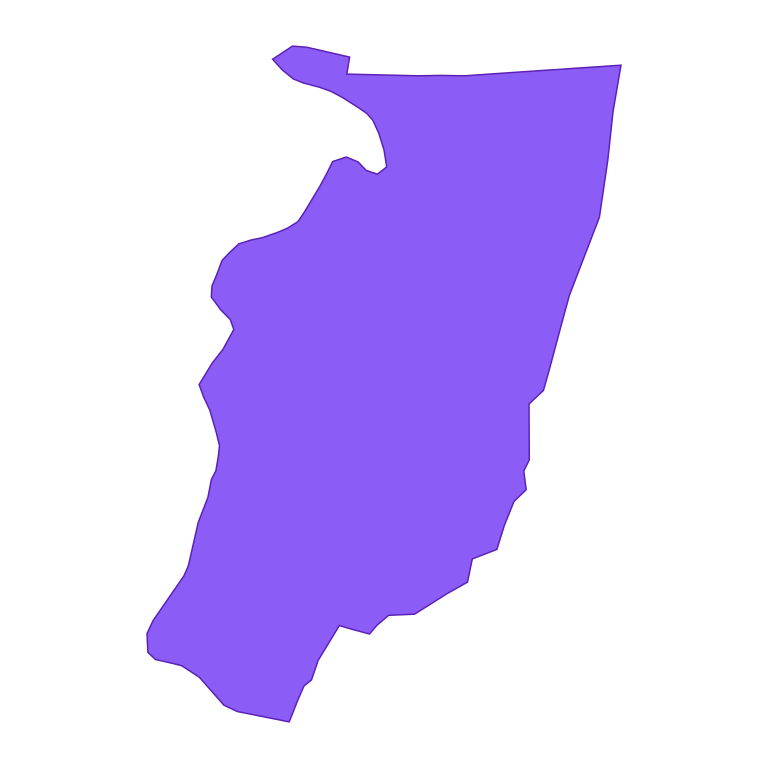 Estrela, Rio Grande do Sul, Brazil (Robinson projection)
{"feature_id": "56859067B89711005984674", "entity_name": "Estrela", "entity_type": "district", "adm_level": 2, "iso_a3": "BRA", "parent_name": "Brazil", "parent_adm1": "Rio Grande do Sul", "projection": "robinson", "projection_center": [-51.937, -29.513], "detail": "fine", "context": "isolated", "style": "filled", "palette": "violet", "viewbox_px": 768, "rotation_deg": 0, "n_neighbors": 0, "source": "geoboundaries", "source_scale": "gbopen_adm2", "svg_char_len": 1279}
<svg xmlns="http://www.w3.org/2000/svg" viewBox="0 0 768 768"><path d="M272.6,59.2L282.1,69.8L293.4,79.0L303.7,83.1L318.7,87.0L330.9,91.3L342.1,97.3L357.1,106.8L366.6,113.3L372.8,120.2L378.8,133.3L384.0,149.9L386.7,166.9L377.4,174.2L366.2,170.4L358.2,162.0L346.3,157.0L332.7,161.5L326.7,173.6L320.1,185.9L312.1,199.2L304.2,212.3L298.0,221.6L287.2,228.3L276.4,232.8L261.8,237.8L251.5,239.9L238.9,243.8L229.9,252.2L222.1,260.4L216.4,275.5L212.0,285.8L211.3,297.0L220.6,309.7L230.3,319.6L233.8,329.5L223.0,349.3L212.2,363.1L199.1,384.6L203.8,397.4L209.8,410.1L216.4,432.9L219.5,445.6L218.3,456.6L215.9,470.6L211.3,479.8L208.0,497.1L198.2,522.5L188.3,566.0L183.9,575.9L153.0,620.7L147.0,633.6L147.9,652.4L155.4,659.5L170.4,662.9L181.7,665.7L199.4,677.3L224.0,705.3L237.5,711.6L289.2,721.9L298.0,699.7L304.0,686.0L311.5,679.9L318.1,660.5L339.3,625.6L355.2,630.2L369.5,634.0L377.0,625.2L388.7,615.3L414.5,614.2L446.8,593.8L467.5,582.1L472.3,558.9L496.9,549.4L504.4,525.3L514.0,501.4L526.2,489.7L523.8,471.0L529.3,459.8L529.0,404.0L543.4,390.5L548.7,371.9L561.7,323.5L569.4,295.3L599.4,217.3L607.8,160.2L613.0,111.8L621.0,65.2L527.0,71.5L464.6,75.8L440.7,75.4L418.7,75.8L346.8,74.1L349.6,57.1L306.6,47.2L292.5,46.1L272.6,59.2Z" fill="#8b5cf6" stroke="#5b21b6" stroke-width="1.5"/></svg>